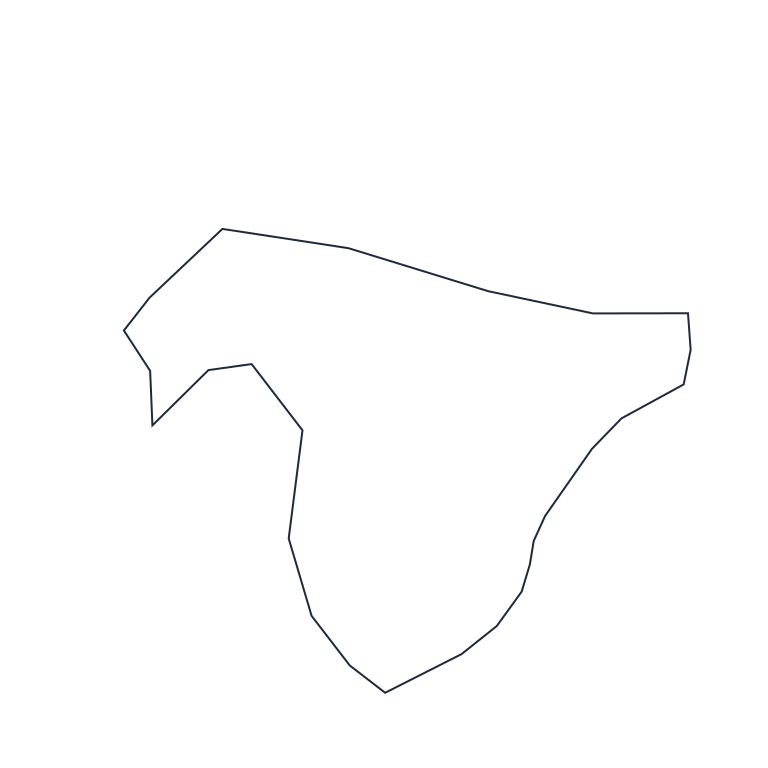 Soufrière, Albers equal-area conic projection, rotated 218°
{"feature_id": "LCA-5085", "entity_name": "Soufrière", "entity_type": "Quarter", "adm_level": 1, "iso_a3": "LCA", "parent_name": "Saint Lucia", "parent_adm1": "", "projection": "albers", "projection_center": [-61.032, 13.851], "detail": "fine", "context": "isolated", "style": "outline", "palette": "slate", "viewbox_px": 768, "rotation_deg": 218, "n_neighbors": 0, "source": "natural_earth", "source_scale": "10m", "svg_char_len": 514}
<svg xmlns="http://www.w3.org/2000/svg" viewBox="0 0 768 768"><g transform="rotate(218 384 384)"><path d="M188.0,626.9L163.4,599.7L147.6,568.2L175.7,503.1L180.2,461.0L175.8,379.2L169.4,352.5L157.9,331.5L147.7,305.1L146.1,262.8L156.6,218.9L193.0,141.4L237.6,141.1L298.3,156.7L364.0,203.6L419.7,297.3L500.6,318.2L530.9,286.9L541.0,208.8L576.4,250.4L621.9,266.0L621.9,307.7L606.8,406.7L562.9,431.4L537.2,445.8L495.5,469.2L359.0,521.3L262.9,568.2L188.0,626.9Z" fill="none" stroke="#1e293b" stroke-width="2"/></g></svg>